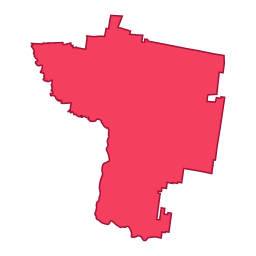 Xicoténcatl, Tamaulipas, Mexico
{"feature_id": "50627088B55744445073678", "entity_name": "Xicoténcatl", "entity_type": "district", "adm_level": 2, "iso_a3": "MEX", "parent_name": "Mexico", "parent_adm1": "Tamaulipas", "projection": "natural_earth1", "projection_center": [-99.006, 22.986], "detail": "fine", "context": "isolated", "style": "filled", "palette": "rose", "viewbox_px": 256, "rotation_deg": 0, "n_neighbors": 0, "source": "geoboundaries", "source_scale": "gbopen_adm2", "svg_char_len": 5596}
<svg xmlns="http://www.w3.org/2000/svg" viewBox="0 0 256 256"><path d="M153.5,237.2L154.6,236.7L161.2,238.0L161.9,232.1L165.3,232.6L165.5,231.6L168.9,232.1L171.5,213.3L167.9,212.7L167.6,214.6L164.1,214.0L164.6,209.9L164.8,208.4L161.3,207.8L160.0,217.5L159.7,219.9L156.7,219.4L160.2,193.4L158.1,193.1L158.2,191.1L161.5,191.5L161.9,187.7L166.4,188.4L166.9,184.5L167.1,182.4L172.8,183.5L172.9,182.7L177.4,183.4L177.7,182.2L181.7,182.8L183.7,168.4L200.9,171.3L211.8,173.6L212.2,170.0L212.7,166.6L212.6,166.4L213.0,165.7L212.8,165.6L212.9,164.8L213.6,159.8L215.4,160.1L217.0,147.1L220.2,127.7L224.7,97.3L221.0,96.8L220.8,98.4L220.7,98.4L216.4,97.6L215.4,102.0L206.9,101.4L207.8,94.9L216.8,94.3L217.4,88.8L219.2,72.2L223.1,72.8L224.1,64.6L224.3,63.4L224.0,55.5L219.7,54.8L214.6,54.0L197.2,50.5L188.5,49.0L151.7,41.8L148.2,41.2L147.5,39.4L144.8,39.1L144.7,42.2L141.7,42.0L142.8,35.2L137.4,35.0L129.7,34.2L130.5,31.0L129.3,30.9L128.6,30.4L127.4,30.1L127.0,29.9L126.7,29.9L123.7,29.0L121.4,28.2L117.9,27.4L122.3,16.1L110.8,15.4L110.5,17.1L109.7,21.4L108.5,28.7L106.2,28.4L104.6,36.3L99.1,36.2L95.3,36.6L92.9,36.6L86.7,35.9L87.2,37.9L86.8,39.9L85.6,49.3L77.9,47.9L76.4,47.7L76.4,47.2L72.9,47.7L72.9,45.5L71.3,45.8L70.8,43.0L64.8,44.5L63.0,44.5L62.8,42.5L53.7,42.9L48.8,43.0L48.7,42.9L48.0,42.9L48.0,43.4L43.1,43.1L43.1,44.0L37.3,43.8L31.5,43.4L31.7,43.9L32.8,44.4L33.0,44.8L32.7,45.3L31.3,45.9L31.3,46.2L31.6,46.5L32.0,47.3L33.4,49.1L33.6,49.9L34.2,51.0L34.4,51.6L34.3,52.2L33.7,52.4L33.7,53.0L33.6,53.6L34.0,54.2L34.4,55.2L34.5,55.6L34.3,55.9L34.4,56.4L34.6,56.6L35.0,57.1L35.4,57.7L35.8,58.3L37.1,59.5L37.7,60.3L37.9,60.6L37.7,60.9L37.1,61.3L35.7,61.6L35.5,62.7L35.6,63.2L36.0,63.8L37.0,65.0L38.0,65.6L39.4,65.8L40.6,65.2L41.3,65.2L41.9,65.4L42.1,66.0L42.3,68.0L42.0,69.2L41.6,69.5L41.2,70.9L40.6,71.6L40.4,72.3L41.0,72.7L42.0,72.8L42.6,72.5L42.9,72.4L43.1,72.5L43.3,73.4L44.1,74.1L44.3,74.9L44.2,75.6L43.8,76.6L44.0,77.0L44.5,77.4L44.5,78.0L44.3,78.3L43.5,78.9L43.2,79.3L43.3,79.6L43.6,79.7L44.0,80.3L44.8,80.9L45.1,80.9L45.6,80.8L46.0,80.6L46.4,80.5L46.8,80.9L46.7,81.2L46.8,81.4L47.0,81.5L48.2,81.6L49.7,81.2L50.6,80.8L51.3,80.0L51.6,80.0L52.0,80.3L52.3,81.0L52.1,81.7L51.9,82.1L52.2,82.9L51.9,84.1L51.7,84.5L51.2,84.8L51.5,85.6L51.7,86.0L52.3,86.3L52.3,86.6L52.3,86.8L52.0,87.0L51.9,87.3L52.3,87.9L52.3,88.2L52.3,88.7L51.7,89.3L51.9,89.9L51.6,90.1L51.2,90.3L51.2,90.7L52.2,91.4L53.0,92.7L53.0,93.0L51.0,93.8L50.6,93.5L50.4,93.4L50.3,93.7L50.5,94.6L50.6,95.5L50.8,95.6L51.8,95.7L52.8,95.6L53.3,95.5L55.1,96.3L55.6,97.0L55.8,98.3L56.0,98.7L57.1,99.4L57.3,99.8L57.3,100.2L57.8,100.5L58.3,100.0L58.6,100.3L58.9,101.0L59.1,101.1L59.4,101.1L60.0,100.8L60.2,100.3L61.3,100.6L61.6,100.9L61.8,101.1L61.9,101.3L61.9,101.6L61.3,101.9L61.1,102.2L61.2,103.0L61.7,103.3L63.3,103.5L70.5,102.9L71.1,102.9L70.1,110.0L69.6,110.0L69.3,110.2L68.8,111.0L68.2,111.3L68.1,111.6L68.6,111.7L69.1,111.3L69.2,110.9L69.4,110.4L69.6,110.2L69.9,110.1L70.1,110.3L70.3,110.5L70.3,110.9L70.2,111.7L70.2,112.0L70.3,112.4L70.7,112.8L71.1,112.7L71.3,112.6L71.7,112.2L71.8,112.0L71.9,111.7L72.2,111.5L72.4,111.6L72.6,111.8L72.9,112.4L73.5,113.0L73.8,114.4L74.2,114.7L75.5,114.2L75.9,114.2L76.3,115.1L77.7,116.1L78.4,116.5L79.1,116.5L79.6,116.8L80.2,116.8L80.4,116.1L81.0,115.6L81.3,115.5L81.8,115.5L82.0,115.8L81.9,116.2L81.3,116.9L81.4,117.2L82.0,117.3L83.3,116.6L84.1,116.5L84.9,116.4L86.0,117.3L86.7,117.6L87.0,117.7L88.4,117.4L88.7,117.5L88.6,118.4L88.2,119.0L88.2,119.4L89.9,120.5L90.0,120.9L90.2,121.2L90.6,121.3L91.0,121.3L91.6,121.2L92.7,121.4L93.2,121.3L94.2,121.1L95.1,121.1L95.6,120.8L96.1,120.3L96.4,119.6L97.0,119.1L97.5,119.0L97.9,119.1L98.5,119.4L99.2,119.4L99.4,119.4L99.7,119.6L101.2,120.6L101.5,121.1L101.3,122.0L101.4,122.6L102.3,123.3L103.7,125.7L104.1,126.2L105.6,127.5L106.4,128.0L106.7,128.1L107.4,127.8L107.8,127.7L108.1,127.8L108.2,128.2L108.3,128.5L108.3,129.4L108.7,129.8L109.0,130.2L109.0,130.6L108.8,131.1L108.6,132.3L108.6,132.8L108.6,133.4L108.5,135.2L108.9,135.7L109.2,136.6L108.3,137.9L107.8,139.1L107.4,140.4L107.3,141.0L107.3,141.6L108.0,144.9L108.0,145.7L107.7,146.5L106.5,148.1L106.4,149.5L106.7,150.3L107.5,152.1L108.4,154.4L109.2,157.8L109.4,159.9L109.1,160.7L108.7,161.1L106.8,162.2L105.6,163.0L104.7,163.1L103.7,163.7L102.8,164.8L102.0,168.5L102.0,171.0L102.6,173.6L102.5,174.6L100.6,179.8L100.1,181.9L99.5,185.6L99.4,188.3L100.2,192.1L100.3,193.1L100.0,195.4L99.4,196.4L98.9,200.1L98.7,200.7L98.3,201.0L97.3,201.9L96.8,202.7L96.5,204.0L96.3,205.2L96.6,207.5L95.7,211.8L95.2,212.5L94.9,213.7L95.2,215.0L95.9,215.9L96.2,216.5L96.2,217.6L96.3,218.4L96.7,219.0L97.6,219.6L98.1,219.7L98.4,219.8L98.7,220.2L99.2,220.5L99.7,220.8L100.0,221.3L100.6,221.8L101.1,222.2L101.7,222.6L102.5,223.0L103.2,223.3L105.7,224.0L107.4,224.4L107.8,224.4L108.3,224.2L108.8,223.9L109.3,223.3L109.8,222.6L110.0,221.9L110.7,221.1L111.0,220.8L112.0,221.1L112.6,221.5L114.2,222.8L115.6,224.3L117.2,225.4L118.2,225.9L119.1,226.7L120.2,227.3L120.6,227.4L121.2,227.4L122.2,226.8L122.5,226.8L122.9,226.8L124.1,227.3L125.0,227.4L125.9,227.0L126.8,226.4L127.4,226.3L128.0,226.4L128.5,226.7L129.0,227.2L129.3,227.5L129.5,227.8L129.7,228.2L130.3,229.5L130.7,230.5L131.2,231.9L131.5,233.4L131.5,234.2L131.4,236.0L131.4,236.6L131.7,236.9L132.0,237.2L132.6,237.3L134.3,237.1L135.9,236.8L138.4,235.8L139.1,235.8L140.5,236.4L141.3,236.9L141.7,237.3L141.9,237.6L141.9,238.1L142.1,238.5L142.8,239.4L143.5,240.2L144.0,240.5L144.7,240.6L145.2,240.6L145.9,240.3L146.1,240.1L146.3,239.7L147.2,238.8L147.6,238.3L147.8,238.0L148.2,237.8L150.5,237.3L152.5,237.0L153.1,237.0L153.5,237.2Z" fill="#f43f5e" stroke="#9f1239" stroke-width="1.5"/></svg>